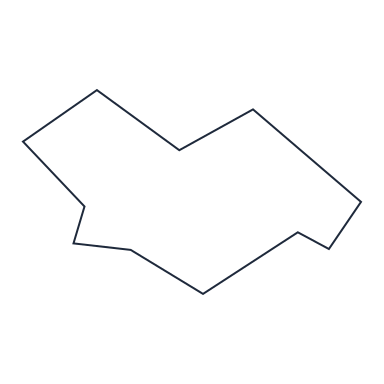 Kattakurgan city, Samarkand, Uzbekistan (orthographic projection)
{"feature_id": "79887680B69055285128401", "entity_name": "Kattakurgan city", "entity_type": "district", "adm_level": 2, "iso_a3": "UZB", "parent_name": "Uzbekistan", "parent_adm1": "Samarkand", "projection": "orthographic", "projection_center": [66.273, 39.857], "detail": "fine", "context": "isolated", "style": "outline", "palette": "slate", "viewbox_px": 384, "rotation_deg": 0, "n_neighbors": 0, "source": "geoboundaries", "source_scale": "gbopen_adm2", "svg_char_len": 264}
<svg xmlns="http://www.w3.org/2000/svg" viewBox="0 0 384 384"><path d="M96.9,90.1L23.0,141.6L84.5,206.5L73.5,243.4L130.7,249.9L203.0,293.9L297.8,232.3L328.9,249.0L361.0,201.9L253.0,109.4L179.3,150.2L96.9,90.1Z" fill="none" stroke="#1e293b" stroke-width="2"/></svg>